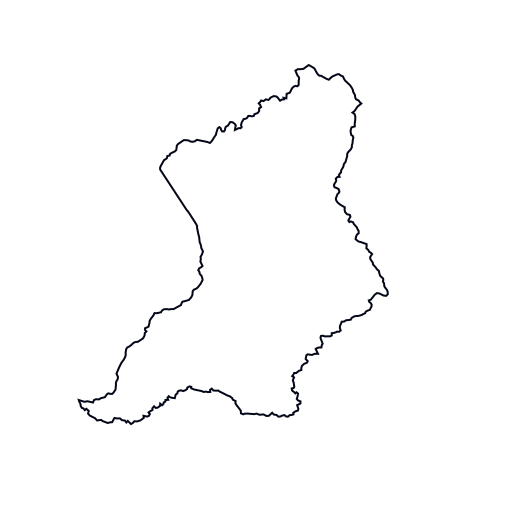 the district of Araguapaz, Goiás, Brazil, rotated 284°
{"feature_id": "56859067B52575065331829", "entity_name": "Araguapaz", "entity_type": "district", "adm_level": 2, "iso_a3": "BRA", "parent_name": "Brazil", "parent_adm1": "Goiás", "projection": "natural_earth1", "projection_center": [-50.464, -15.136], "detail": "fine", "context": "isolated", "style": "outline", "palette": "ink", "viewbox_px": 512, "rotation_deg": 284, "n_neighbors": 0, "source": "geoboundaries", "source_scale": "gbopen_adm2", "svg_char_len": 6093}
<svg xmlns="http://www.w3.org/2000/svg" viewBox="0 0 512 512"><g transform="rotate(284 256 256)"><path d="M316.6,142.2L283.7,177.8L282.8,179.2L281.2,181.0L272.7,190.0L270.8,191.6L269.3,191.9L263.0,194.9L260.5,196.3L255.8,198.0L254.1,199.3L252.1,200.4L250.5,201.0L247.7,203.4L244.6,203.2L241.7,202.4L239.8,203.2L237.1,203.4L233.4,206.5L232.0,205.6L230.2,203.8L228.3,203.4L227.1,204.8L225.1,205.7L223.6,207.9L221.6,209.2L219.8,210.0L215.6,209.0L211.6,207.2L210.0,206.1L208.3,203.9L206.7,203.1L202.6,203.7L200.1,203.1L197.1,201.5L194.6,197.2L193.9,195.7L192.5,195.3L190.2,195.0L184.5,188.8L183.9,186.2L183.0,184.4L183.0,182.7L182.1,179.7L180.5,178.1L178.4,177.4L176.7,174.0L176.0,171.3L173.4,170.8L169.8,169.2L167.4,168.5L165.8,168.8L161.4,168.8L159.0,165.8L157.2,166.4L156.3,167.9L154.3,166.7L152.4,167.1L150.8,166.9L148.7,166.3L144.1,162.1L143.6,160.3L142.7,158.8L141.4,157.7L139.3,156.4L137.6,155.0L136.2,153.3L134.4,152.6L131.2,152.8L128.0,153.6L125.4,153.3L123.3,152.7L119.7,151.2L115.1,150.2L108.1,149.1L105.4,151.3L103.3,151.6L100.3,150.8L98.6,150.8L97.1,151.3L92.4,152.0L89.0,150.8L87.4,149.8L87.0,148.1L87.0,145.9L85.6,144.7L82.5,143.6L80.4,139.7L78.9,138.4L78.3,135.4L77.1,133.7L74.4,133.3L74.3,127.7L73.0,124.6L73.4,118.9L72.0,119.7L70.0,121.5L68.4,122.0L66.5,123.7L66.4,125.4L65.0,127.2L66.7,128.3L65.2,131.2L62.6,131.1L61.0,133.2L59.7,139.0L58.0,141.6L59.5,145.4L58.7,147.1L58.1,152.6L59.3,154.6L59.9,156.6L64.6,157.8L64.7,160.2L65.5,163.2L64.3,165.7L64.6,168.7L63.1,170.5L65.0,171.5L62.7,175.4L64.5,177.1L66.1,177.8L66.8,180.8L68.7,183.8L71.9,186.3L73.7,185.5L73.9,189.3L75.0,190.8L77.0,191.2L78.2,189.6L80.0,191.1L81.5,192.8L83.2,192.3L85.5,193.5L84.3,195.4L85.1,197.3L87.3,199.1L89.5,198.8L88.4,200.9L90.1,202.0L91.6,201.9L92.9,203.3L94.4,203.0L95.2,205.6L97.0,204.4L98.8,205.2L98.1,206.9L98.1,209.0L98.4,211.6L102.0,211.6L103.7,212.9L105.6,212.9L107.0,214.4L107.5,216.0L107.3,217.9L108.3,219.5L110.2,221.3L111.7,221.2L113.3,222.9L113.4,224.8L112.0,225.1L111.5,228.3L111.8,236.0L111.4,238.0L112.3,240.3L112.3,242.1L113.0,244.5L114.9,243.8L116.6,245.1L115.2,247.2L115.7,250.0L116.3,251.9L115.7,253.4L114.5,258.9L113.8,261.5L113.6,264.3L112.4,267.3L111.0,268.2L110.3,271.3L108.1,271.6L106.2,273.7L102.3,278.6L99.7,279.5L99.3,281.9L100.3,283.2L101.1,286.2L102.1,292.5L103.2,294.7L102.8,297.8L104.1,301.6L103.3,304.9L104.1,307.2L107.8,309.6L106.5,311.5L106.7,314.4L105.5,316.6L106.2,318.5L107.5,320.0L108.5,322.2L107.6,324.0L107.8,325.8L109.8,327.3L110.5,329.2L111.4,330.7L112.8,330.1L114.8,331.8L116.1,334.0L117.9,334.1L121.3,332.0L123.6,334.8L125.7,334.3L126.0,331.8L127.2,330.1L129.7,330.3L132.7,330.1L133.5,328.2L132.2,327.4L133.3,325.7L134.1,323.7L136.1,322.7L137.0,324.5L138.4,324.8L142.2,323.2L144.3,321.8L147.4,322.3L148.2,320.2L149.6,320.9L151.8,321.4L152.1,323.2L155.2,325.7L156.3,327.6L158.0,327.1L160.4,327.1L162.8,328.6L164.9,331.3L166.5,331.6L168.1,329.1L171.9,328.9L173.1,330.0L173.5,334.2L175.3,336.6L176.1,339.8L180.2,336.4L181.6,337.7L182.5,339.4L183.1,341.6L185.6,341.4L187.0,341.9L192.1,338.4L194.0,338.3L194.9,340.2L194.6,342.0L196.1,347.6L197.2,348.7L199.4,348.2L200.1,349.9L201.1,351.7L202.2,352.9L202.5,354.8L204.2,356.2L206.4,354.8L208.3,354.4L213.0,355.1L213.7,357.3L215.5,359.0L216.2,361.2L217.2,363.4L219.1,363.8L220.7,365.4L221.7,366.9L222.7,370.0L224.3,372.8L225.7,374.2L226.8,375.7L228.6,376.0L230.0,377.5L231.2,379.4L235.1,380.3L236.7,380.0L238.1,378.7L238.9,377.0L240.2,376.2L241.4,378.0L247.4,380.7L249.2,382.3L249.5,384.7L248.5,389.4L248.8,391.9L250.7,393.1L253.0,392.5L254.6,391.4L257.4,388.0L260.7,386.7L261.8,385.4L263.5,385.3L264.9,384.8L266.7,381.4L268.9,379.9L271.2,378.9L272.5,376.4L273.7,375.2L276.0,371.7L277.8,370.9L280.7,367.7L282.4,367.0L286.0,368.2L286.9,366.7L287.5,364.8L289.0,363.5L290.2,361.2L292.2,361.0L294.3,360.4L294.9,354.0L294.8,352.2L295.6,350.2L296.4,348.6L298.6,348.4L301.0,348.7L302.9,350.1L305.2,349.5L306.5,348.1L308.2,346.9L310.8,343.1L312.2,342.0L312.5,339.7L311.5,338.4L312.8,337.0L317.1,338.1L318.6,337.1L318.5,334.4L320.0,332.0L322.4,330.7L324.7,330.4L326.3,325.0L327.7,322.2L329.3,320.4L330.9,319.6L333.6,319.8L335.8,320.1L337.0,321.0L338.5,321.4L340.9,320.0L341.5,317.7L341.7,315.6L343.4,314.5L345.3,314.7L346.9,315.4L348.7,315.6L350.3,314.7L352.5,316.0L353.0,317.9L354.7,316.9L356.4,317.4L357.7,318.3L359.6,317.9L363.5,319.1L366.7,319.1L368.8,320.1L375.0,320.3L377.1,319.8L378.9,320.2L382.5,322.2L384.9,322.7L386.7,322.2L388.5,322.4L391.5,321.9L394.5,321.8L395.9,320.8L396.5,319.1L399.0,317.9L401.0,317.4L404.0,317.6L405.6,320.5L408.1,319.8L411.9,319.4L415.4,318.6L417.5,317.4L418.5,314.9L420.4,316.5L425.4,318.3L429.4,321.3L430.2,319.8L431.6,318.1L432.3,315.1L433.7,314.0L436.2,313.0L439.0,310.4L440.6,309.8L442.4,308.2L444.4,306.0L447.7,300.1L449.3,298.4L451.2,297.0L451.6,294.8L452.5,292.4L451.8,290.7L448.7,286.7L446.5,285.1L444.7,284.1L444.9,281.8L446.6,275.6L446.3,273.8L447.1,272.2L448.2,270.9L452.2,267.2L453.5,263.1L454.0,260.9L449.1,256.8L448.1,254.2L447.4,251.4L445.4,249.4L441.2,252.5L440.0,254.2L438.6,254.9L436.5,255.0L432.3,256.0L430.7,255.1L430.6,253.1L429.5,251.7L427.5,250.4L422.6,249.3L420.8,246.5L416.3,247.3L416.2,244.5L414.8,245.3L414.0,243.2L412.5,241.8L415.0,238.7L415.7,237.2L415.5,234.6L413.0,231.6L411.5,231.2L410.4,230.1L410.4,227.7L408.1,225.8L408.1,223.3L406.4,222.8L404.8,221.7L403.5,223.6L401.6,224.9L400.0,223.3L397.6,224.0L395.3,223.2L393.1,220.1L391.5,220.1L390.5,218.3L390.5,216.4L390.0,214.6L387.9,214.0L386.8,212.9L385.8,210.9L382.1,209.8L379.4,209.8L377.6,210.9L376.3,210.2L375.8,208.1L373.2,205.1L375.8,204.8L377.9,204.8L379.1,203.4L380.1,200.9L379.8,198.6L375.9,197.3L374.1,195.5L372.6,195.2L370.9,195.4L369.1,194.8L368.7,193.0L369.8,191.8L371.3,190.9L372.2,189.3L370.6,188.0L365.8,187.7L364.0,187.8L360.3,186.4L358.1,185.8L355.9,184.8L354.5,183.9L354.9,181.5L354.4,170.5L352.5,168.9L351.5,166.9L351.2,164.7L351.8,162.7L351.4,159.7L350.9,157.8L345.4,153.0L343.9,152.5L339.7,153.0L338.0,152.1L335.5,149.1L334.3,147.9L332.6,147.9L331.6,145.8L329.5,145.9L328.1,145.0L326.9,143.6L319.9,141.7L318.1,141.6L316.6,142.2Z" fill="none" stroke="#020617" stroke-width="2"/></g></svg>